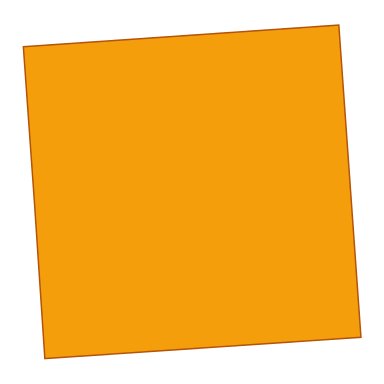 Adair, Iowa, United States of America, rotated 356°
{"feature_id": "52423323B63025537469888", "entity_name": "Adair", "entity_type": "district", "adm_level": 2, "iso_a3": "USA", "parent_name": "United States of America", "parent_adm1": "Iowa", "projection": "equal_earth", "projection_center": [-94.471, 41.331], "detail": "fine", "context": "isolated", "style": "filled", "palette": "amber", "viewbox_px": 384, "rotation_deg": 356, "n_neighbors": 0, "source": "geoboundaries", "source_scale": "gbopen_adm2", "svg_char_len": 250}
<svg xmlns="http://www.w3.org/2000/svg" viewBox="0 0 384 384"><g transform="rotate(356 192 192)"><path d="M350.4,348.7L350.1,35.7L33.9,35.3L34.1,191.5L33.6,347.9L192.4,348.3L350.4,348.7Z" fill="#f59e0b" stroke="#b45309" stroke-width="1.5"/></g></svg>